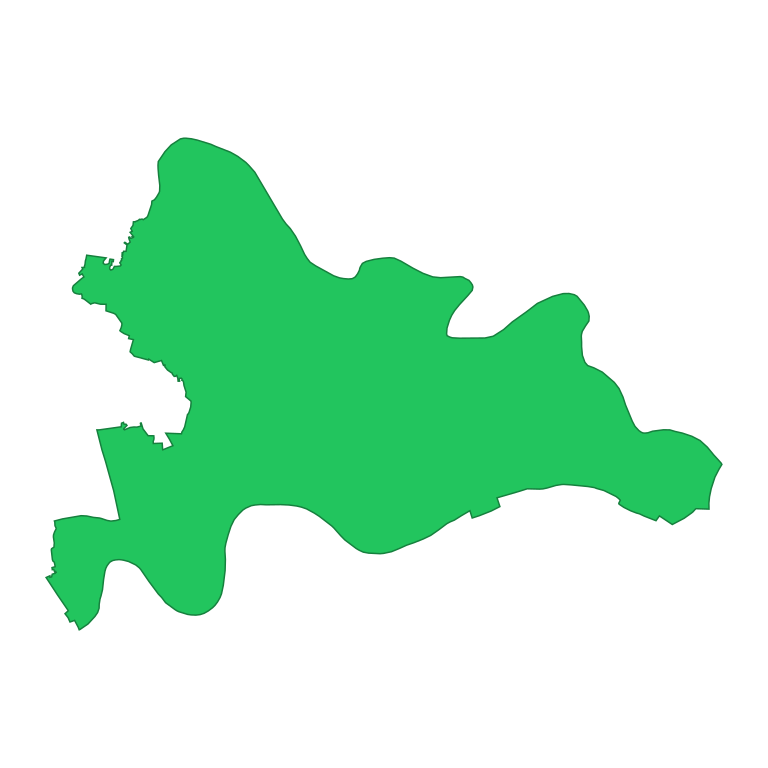 the district of Que Vo, Bắc Ninh, Vietnam
{"feature_id": "81297802B29506934186430", "entity_name": "Que Vo", "entity_type": "district", "adm_level": 2, "iso_a3": "VNM", "parent_name": "Vietnam", "parent_adm1": "Bắc Ninh", "projection": "albers", "projection_center": [106.153, 21.145], "detail": "fine", "context": "isolated", "style": "filled", "palette": "green", "viewbox_px": 768, "rotation_deg": 0, "n_neighbors": 0, "source": "geoboundaries", "source_scale": "gbopen_adm2", "svg_char_len": 6039}
<svg xmlns="http://www.w3.org/2000/svg" viewBox="0 0 768 768"><path d="M102.0,450.0L105.5,461.3L113.7,490.8L119.8,519.4L116.0,520.5L110.9,521.1L107.0,520.4L101.4,518.5L99.4,518.0L93.5,517.4L86.8,516.0L81.1,515.7L62.5,518.9L54.4,521.0L54.8,522.2L55.0,525.8L56.1,528.0L56.1,528.9L54.6,531.8L53.5,535.0L53.4,537.0L54.3,543.0L54.1,544.8L54.0,547.1L51.6,548.7L51.3,549.8L52.4,559.6L52.9,561.0L54.3,562.2L55.2,566.7L52.0,567.6L52.3,569.7L53.7,569.4L54.5,571.5L55.6,571.3L56.1,572.4L55.0,572.6L55.1,573.3L52.2,574.2L51.6,576.9L49.9,577.3L49.9,575.8L46.1,577.5L57.5,594.9L67.9,610.1L68.2,610.8L65.0,613.7L68.1,617.7L70.0,622.0L74.6,620.4L78.2,627.2L79.2,629.8L80.1,629.4L88.1,623.9L94.9,616.5L97.6,612.6L99.1,608.2L99.2,604.3L100.0,599.1L101.0,595.9L102.5,589.7L103.6,579.4L104.9,571.5L105.8,568.3L107.1,565.7L109.1,563.0L110.2,561.9L112.8,560.5L115.6,559.9L119.0,559.6L121.3,559.8L123.6,560.2L128.6,561.5L135.7,564.9L139.3,567.8L140.7,569.4L149.0,581.5L158.4,594.1L161.6,597.4L165.6,602.7L175.0,609.6L176.9,610.8L178.8,611.7L187.6,614.4L191.1,614.9L195.9,615.1L200.1,614.6L204.1,613.3L208.2,611.0L212.6,607.7L215.1,605.2L217.5,602.0L220.0,597.6L221.5,593.8L223.3,585.3L225.1,570.6L225.4,559.5L224.9,551.1L225.0,547.7L225.9,543.0L228.2,534.7L230.9,526.4L234.2,519.6L238.4,514.5L242.9,510.0L245.8,508.1L251.2,505.7L255.0,505.0L260.5,504.5L266.4,504.8L280.7,504.6L289.0,505.0L296.6,506.0L301.4,507.1L306.6,508.9L314.3,513.1L319.4,516.4L331.7,525.9L333.8,527.9L340.7,535.7L344.8,539.9L356.2,548.5L359.1,550.2L363.2,552.1L368.5,553.1L380.0,553.7L383.5,553.4L391.5,551.7L399.3,548.5L406.6,545.2L413.9,542.7L423.2,539.0L430.7,535.4L438.6,529.9L446.8,523.7L450.1,521.9L454.4,520.1L461.7,515.5L469.9,510.7L472.2,518.0L479.3,515.7L491.2,511.0L499.9,506.6L497.0,497.8L519.0,491.4L527.2,488.8L539.5,489.1L542.9,488.9L547.1,488.0L556.0,485.4L561.7,484.5L563.7,484.4L571.3,484.9L587.8,486.5L594.5,487.6L596.4,488.4L603.9,490.5L616.1,496.5L618.6,498.5L620.3,500.2L618.9,503.0L618.8,503.8L619.7,504.6L623.9,507.4L630.7,510.8L636.4,513.0L639.4,513.8L644.0,516.0L656.0,520.7L659.4,515.9L672.3,524.5L684.1,518.3L691.4,513.1L692.9,511.9L695.6,508.9L696.1,508.7L709.0,509.1L708.9,503.2L709.5,496.8L711.2,488.6L714.9,477.2L718.9,469.4L721.9,464.4L721.0,462.9L713.7,454.9L707.3,447.1L700.0,440.5L691.9,436.3L682.4,433.1L675.3,431.5L669.9,429.9L663.4,429.8L652.6,431.2L647.9,432.8L644.7,433.1L642.7,432.9L640.9,432.0L638.9,430.6L635.0,426.4L632.3,421.3L625.5,404.9L623.0,397.1L619.0,388.5L614.3,382.4L602.3,372.1L593.8,367.8L587.7,365.6L584.9,362.3L582.4,355.4L581.6,346.7L581.6,342.2L581.3,336.1L581.5,334.4L582.3,331.3L585.4,326.1L588.9,321.0L589.2,316.3L588.5,313.1L587.8,311.1L584.3,305.1L577.1,296.3L574.3,294.7L569.0,293.5L563.2,293.6L552.6,296.4L537.4,303.4L526.2,312.0L512.3,321.9L503.6,329.6L493.3,336.2L485.0,338.0L459.8,338.2L452.3,337.8L449.6,337.0L447.1,335.7L446.6,333.9L447.0,328.1L449.4,320.4L451.7,315.3L454.7,310.5L459.5,304.6L467.8,295.6L472.2,290.4L472.9,287.0L472.4,285.0L471.0,282.8L469.0,280.4L464.9,278.4L462.9,277.1L460.2,276.6L440.6,277.7L432.8,276.9L422.9,273.3L413.0,268.2L401.0,261.2L394.2,258.1L389.5,257.7L382.7,258.2L374.0,259.4L366.2,261.4L362.4,263.4L360.4,266.8L359.8,268.2L359.4,270.2L357.6,273.8L355.3,276.9L353.4,278.1L352.0,278.7L348.4,279.0L343.7,278.6L339.6,277.9L333.7,275.8L315.7,265.9L310.1,262.2L307.2,258.5L304.6,254.4L300.5,245.7L295.5,236.2L290.3,228.6L286.0,223.9L282.4,219.0L254.8,172.2L248.9,165.5L245.8,162.4L237.8,156.4L230.4,152.2L215.8,146.5L210.9,144.3L197.3,140.1L191.5,138.8L185.8,138.2L183.8,138.2L180.4,138.9L171.2,144.9L165.0,151.6L158.3,161.5L158.0,165.2L158.1,168.8L158.6,175.1L159.8,185.5L159.6,191.3L159.0,192.9L156.6,197.0L155.4,198.6L154.3,199.9L151.9,201.1L151.6,204.5L147.9,215.7L146.9,217.3L143.2,219.7L142.2,219.1L141.1,219.2L140.6,219.5L139.4,219.3L139.0,219.8L137.9,220.6L135.9,221.3L135.5,221.7L133.4,221.8L133.0,225.4L130.8,228.5L132.2,231.3L130.1,232.3L133.4,236.5L132.2,236.8L133.1,237.5L131.2,238.3L130.4,238.2L129.6,237.0L128.7,237.3L129.0,238.9L130.2,242.1L128.0,244.0L127.1,243.8L124.9,242.3L124.3,242.9L127.0,244.9L126.1,251.3L123.6,251.3L123.3,252.5L122.2,252.7L122.1,254.3L122.7,254.3L122.7,255.1L122.3,255.3L122.3,256.1L121.9,256.2L122.5,257.6L122.5,258.1L121.4,259.0L121.8,260.0L120.9,260.9L121.0,261.4L120.7,261.9L120.1,262.2L119.8,262.8L121.1,264.9L120.7,265.6L120.2,266.0L116.6,266.4L114.4,266.4L113.1,269.0L112.4,269.5L110.8,270.1L109.7,269.0L109.7,267.0L110.9,265.1L111.7,265.2L111.9,261.4L113.3,261.6L113.5,259.6L110.0,259.1L109.6,260.4L109.1,263.4L107.5,264.2L104.7,264.5L103.2,263.2L103.5,261.0L106.1,257.9L86.7,255.2L86.0,258.9L85.4,260.8L85.0,264.4L84.4,266.3L84.5,267.4L82.0,267.5L82.7,269.0L78.8,273.2L79.6,275.2L82.2,273.9L83.9,277.0L81.6,278.6L73.4,285.7L72.6,287.6L72.5,288.8L73.0,291.2L74.3,292.8L76.6,293.7L79.5,294.2L81.4,293.9L81.8,294.6L82.2,296.7L82.0,298.3L83.6,298.8L85.0,299.7L90.8,304.2L91.3,303.7L94.7,302.8L100.4,304.2L106.1,304.3L106.0,310.8L113.7,313.3L115.7,314.4L121.8,323.0L121.9,324.7L121.2,327.6L119.9,330.7L121.1,331.7L124.1,333.6L129.3,335.7L128.6,338.6L133.4,339.6L130.6,349.3L130.1,351.8L132.2,353.7L134.3,356.2L148.4,360.0L148.7,359.1L154.2,362.6L161.5,360.5L163.4,365.2L163.9,364.8L164.2,365.4L165.0,365.2L164.9,366.8L167.5,370.0L171.6,372.9L172.1,373.0L172.5,374.3L174.2,376.4L175.5,376.3L176.7,375.4L177.8,378.2L178.1,381.2L179.6,381.2L179.3,378.9L179.5,378.5L180.4,378.2L181.4,378.2L182.0,378.9L181.9,380.3L182.7,380.4L183.5,382.0L184.0,385.5L186.1,392.2L185.6,396.6L190.9,401.0L191.1,402.5L190.7,407.0L189.0,412.5L188.1,414.0L187.5,414.5L184.7,426.8L183.3,429.9L181.9,432.0L181.5,433.8L165.8,433.2L169.5,439.3L172.9,445.7L162.8,449.8L162.6,449.1L162.2,443.2L153.3,443.5L153.2,441.2L153.8,439.8L154.0,438.0L153.8,435.8L148.1,435.7L143.0,428.9L141.2,423.0L140.5,423.1L140.4,423.4L141.1,426.0L137.0,427.1L133.9,427.0L130.0,427.5L124.6,429.8L123.7,429.3L123.7,428.8L127.0,425.4L126.0,424.2L124.2,424.2L123.9,424.0L123.5,422.4L121.5,423.2L121.2,426.8L99.1,429.9L96.9,429.9L102.0,450.0Z" fill="#22c55e" stroke="#15803d" stroke-width="1.5"/></svg>